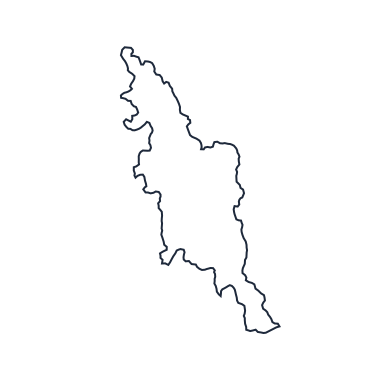 Vargem Alta, Espírito Santo, Brazil (Natural Earth projection), rotated 333°
{"feature_id": "56859067B87559017000874", "entity_name": "Vargem Alta", "entity_type": "district", "adm_level": 2, "iso_a3": "BRA", "parent_name": "Brazil", "parent_adm1": "Espírito Santo", "projection": "natural_earth1", "projection_center": [-41.009, -20.648], "detail": "fine", "context": "isolated", "style": "outline", "palette": "slate", "viewbox_px": 384, "rotation_deg": 333, "n_neighbors": 0, "source": "geoboundaries", "source_scale": "gbopen_adm2", "svg_char_len": 4353}
<svg xmlns="http://www.w3.org/2000/svg" viewBox="0 0 384 384"><g transform="rotate(333 192 192)"><path d="M203.8,38.6L203.1,35.9L200.4,34.2L197.7,32.5L194.4,33.6L192.4,36.0L190.8,37.8L191.1,42.0L191.7,45.1L191.8,47.7L191.6,50.4L191.1,52.7L190.1,54.4L190.6,56.5L192.4,59.6L193.4,62.7L192.0,64.8L189.8,66.4L187.0,67.9L184.7,69.8L185.3,72.8L183.4,73.4L181.0,73.6L178.9,73.4L176.8,72.9L174.6,73.1L172.5,73.7L171.6,75.9L173.2,77.1L175.1,78.8L176.4,81.7L178.7,83.0L178.2,86.2L179.1,89.2L180.7,90.8L180.6,93.6L180.1,96.8L177.9,97.9L175.6,97.8L173.3,97.0L171.9,100.0L169.4,101.6L167.9,99.5L166.3,97.3L163.0,98.5L162.5,101.5L163.1,104.4L163.9,106.7L165.8,107.8L167.0,109.9L168.9,111.0L171.2,111.4L173.7,111.6L175.8,111.4L177.9,110.9L180.7,110.3L183.6,109.0L185.4,111.1L185.1,114.2L185.4,117.1L184.8,119.4L183.3,120.9L181.6,121.6L179.9,123.1L178.3,124.5L177.5,126.8L176.0,129.0L176.2,131.4L175.5,134.0L173.1,135.9L171.2,135.1L169.1,133.9L167.0,132.7L164.5,133.0L162.8,133.9L160.8,135.9L159.2,139.2L158.1,141.2L157.3,143.4L153.9,143.9L151.4,143.5L149.9,146.4L149.5,149.5L148.2,151.2L148.2,153.6L150.7,152.9L153.6,153.1L156.1,154.2L156.4,156.9L155.3,160.5L154.7,163.9L153.9,166.2L152.1,166.4L149.8,167.5L150.4,171.3L152.6,172.5L154.5,174.4L157.3,175.2L159.9,175.1L162.4,176.9L162.8,180.0L161.9,181.8L160.4,183.1L159.4,185.6L156.7,186.7L156.1,189.1L155.0,191.2L155.6,193.5L156.1,195.9L154.6,199.5L153.1,201.8L151.8,204.1L151.1,206.3L149.7,208.6L148.4,210.7L147.9,212.9L146.4,214.6L145.3,216.1L144.9,219.2L144.2,223.4L143.3,226.4L144.6,229.4L143.2,232.0L140.5,231.9L138.7,231.9L135.6,232.2L135.0,234.6L134.0,236.4L135.0,239.1L132.8,242.1L135.7,243.4L137.8,246.2L140.5,244.7L143.3,242.7L146.1,240.8L149.3,239.1L151.8,237.2L154.0,237.3L155.8,237.6L158.4,239.7L158.0,242.3L156.3,244.2L154.8,246.3L154.0,248.4L154.9,250.9L157.9,252.1L158.9,256.0L161.0,257.4L162.5,258.4L162.5,261.0L163.7,263.7L165.5,266.0L168.2,267.1L170.1,267.3L171.9,267.7L174.0,268.1L176.2,269.4L176.7,272.2L175.3,273.4L175.3,275.5L174.2,278.1L172.7,279.7L171.8,281.6L170.4,283.7L170.5,286.5L169.9,289.4L168.9,292.1L169.4,295.3L170.3,297.7L171.7,295.6L172.9,293.5L174.8,292.5L176.8,292.5L179.2,292.4L181.5,292.2L183.4,292.2L184.9,293.8L185.6,296.0L185.8,298.4L185.3,300.6L184.7,302.9L183.9,306.5L182.9,309.1L182.9,311.8L185.6,314.6L187.0,317.2L186.2,319.6L185.4,321.9L183.6,324.4L181.9,325.9L181.8,328.3L180.8,330.3L179.5,333.5L179.0,336.8L177.8,339.4L179.4,340.9L180.7,342.3L182.9,342.9L186.2,343.6L187.1,346.6L189.6,348.4L191.7,350.1L193.9,350.9L200.7,350.9L203.3,350.9L205.8,350.9L208.9,351.5L208.7,348.3L206.0,346.7L204.6,344.4L205.0,341.2L204.8,338.7L204.2,335.8L204.5,333.3L203.8,330.9L202.4,328.3L203.1,324.6L205.3,322.9L207.7,321.8L208.7,319.0L209.3,316.6L207.5,313.7L206.3,310.0L204.7,306.9L205.2,304.7L205.6,302.6L204.1,300.2L201.6,297.9L199.9,295.1L201.6,292.9L201.6,290.3L200.2,287.2L201.3,284.8L202.7,283.0L204.4,281.6L206.4,280.0L208.4,276.6L210.7,275.1L212.1,272.7L213.3,270.6L214.6,268.9L215.4,266.4L216.6,263.8L217.4,260.5L217.1,256.5L217.5,253.0L218.1,250.1L219.0,247.8L220.6,246.2L222.1,244.2L222.3,241.8L222.7,239.7L220.7,238.4L219.1,236.5L219.6,233.0L219.9,230.9L220.4,228.9L221.3,226.3L223.5,223.9L226.1,225.7L228.4,224.6L229.4,221.8L230.7,220.4L232.4,219.6L234.3,219.7L235.7,218.5L237.8,216.7L238.6,213.0L237.1,210.4L237.8,207.4L237.1,205.2L236.4,203.1L237.5,200.6L238.8,197.7L240.1,196.3L241.3,194.6L241.5,192.0L243.7,190.3L246.7,189.0L247.6,186.0L248.7,183.5L250.3,182.1L250.6,179.7L250.4,177.5L251.1,175.4L251.2,173.3L250.4,169.8L249.1,168.0L247.8,166.6L245.9,165.4L243.4,163.3L241.2,162.6L239.1,161.3L237.4,158.7L234.6,157.7L232.9,159.2L231.2,161.1L228.6,160.7L226.3,158.9L223.8,158.2L221.8,159.3L219.5,158.0L220.9,156.5L221.7,154.6L222.2,152.4L222.0,149.6L220.2,146.5L218.6,144.6L217.2,142.9L216.1,140.4L216.7,135.1L217.2,131.2L219.4,130.1L221.9,129.6L222.9,127.0L221.5,125.1L222.6,123.0L221.1,121.2L219.0,118.7L217.6,116.2L218.5,113.3L219.9,110.8L220.4,107.6L220.6,104.6L220.7,101.0L220.1,98.2L220.2,95.7L220.2,93.4L221.2,90.9L220.4,87.4L220.8,84.0L219.0,82.2L216.4,82.7L216.1,80.1L217.0,76.3L216.3,73.1L213.5,71.1L213.1,67.5L214.7,65.3L215.2,62.2L215.0,59.1L213.8,57.3L212.1,55.8L209.5,54.2L206.4,56.3L204.6,55.3L205.0,52.4L205.3,50.0L205.5,47.7L204.0,46.3L202.1,44.3L199.8,43.3L200.7,41.4L202.7,40.7L203.8,38.6Z" fill="none" stroke="#1e293b" stroke-width="2"/></g></svg>